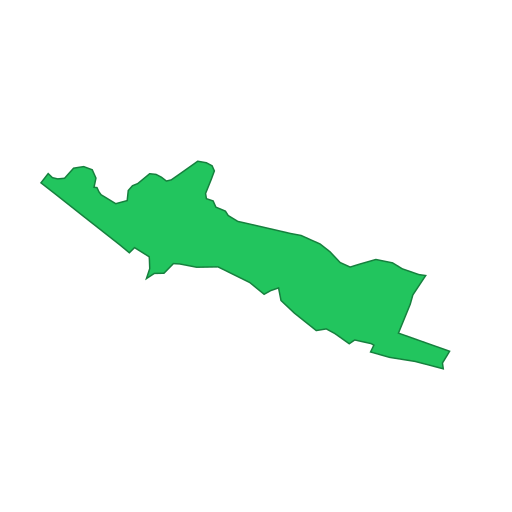 outline of Vlahita, Harghita, Romania, rotated 305°
{"feature_id": "2599482B79706795726804", "entity_name": "Vlahita", "entity_type": "district", "adm_level": 2, "iso_a3": "ROU", "parent_name": "Romania", "parent_adm1": "Harghita", "projection": "natural_earth1", "projection_center": [25.507, 46.304], "detail": "fine", "context": "isolated", "style": "filled", "palette": "green", "viewbox_px": 512, "rotation_deg": 305, "n_neighbors": 0, "source": "geoboundaries", "source_scale": "gbopen_adm2", "svg_char_len": 1305}
<svg xmlns="http://www.w3.org/2000/svg" viewBox="0 0 512 512"><g transform="rotate(305 256 256)"><path d="M218.4,111.1L217.6,98.0L217.3,94.0L218.5,90.5L220.8,86.5L219.4,83.9L228.0,80.2L232.7,72.4L230.4,63.6L226.9,59.9L223.3,56.2L209.9,54.6L205.4,49.3L203.4,44.3L204.3,38.5L192.6,37.9L192.1,47.6L191.6,57.3L189.5,93.0L187.0,138.4L186.0,150.4L193.2,151.7L193.6,159.0L194.1,169.0L191.6,171.0L184.7,176.2L174.7,179.2L183.4,182.7L189.1,190.5L202.4,192.7L205.7,198.0L212.7,213.7L225.3,231.1L230.7,266.2L229.3,284.6L236.1,287.9L242.8,292.8L233.9,302.0L231.2,320.4L229.5,348.1L236.6,355.4L237.7,365.0L237.6,382.7L243.8,385.0L250.3,400.6L250.6,403.7L243.1,404.9L249.6,423.6L260.9,446.8L271.0,474.1L275.3,470.1L283.6,469.6L289.0,469.2L274.5,416.9L304.9,410.0L314.1,406.8L337.3,406.2L334.2,400.1L329.4,383.2L328.7,371.8L321.9,356.2L309.1,345.8L300.9,339.4L298.9,328.6L301.9,314.2L302.6,301.6L300.6,291.4L298.7,281.2L294.2,271.3L276.2,226.8L273.9,221.3L273.2,210.0L274.2,207.6L275.2,205.2L273.0,195.1L276.5,189.3L274.5,182.5L278.3,178.8L293.5,175.3L297.6,174.2L301.8,173.1L304.7,168.3L303.9,161.8L300.2,153.9L295.1,152.1L278.7,146.2L269.7,142.9L266.0,139.6L266.3,133.3L265.5,127.3L262.4,121.7L247.5,117.6L242.7,114.5L236.4,113.8L227.5,118.7L218.4,111.1Z" fill="#22c55e" stroke="#15803d" stroke-width="1.5"/></g></svg>